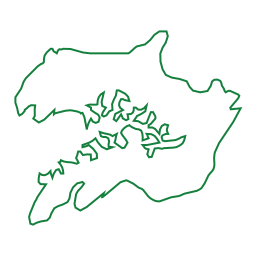 outline of Quinara
{"feature_id": "GNB-773", "entity_name": "Quinara", "entity_type": "Region", "adm_level": 1, "iso_a3": "GNB", "parent_name": "Guinea-Bissau", "parent_adm1": "", "projection": "albers", "projection_center": [-15.226, 11.637], "detail": "fine", "context": "isolated", "style": "outline", "palette": "green", "viewbox_px": 256, "rotation_deg": 0, "n_neighbors": 0, "source": "natural_earth", "source_scale": "10m", "svg_char_len": 4376}
<svg xmlns="http://www.w3.org/2000/svg" viewBox="0 0 256 256"><path d="M54.0,114.2L54.4,109.9L44.2,119.7L38.8,122.5L33.3,118.6L34.8,115.9L34.7,109.1L35.2,105.4L31.1,105.2L28.6,106.5L26.8,108.3L24.7,109.9L24.7,111.0L22.3,113.8L19.5,115.5L18.2,113.2L17.1,107.8L15.4,102.7L15.4,97.3L21.1,88.7L23.7,81.6L25.8,78.3L37.6,66.4L41.0,64.0L42.9,63.3L43.8,62.2L44.0,58.6L44.7,55.4L46.6,52.6L50.6,48.8L52.5,48.8L53.4,50.9L54.3,51.8L55.4,52.3L56.8,53.3L58.0,50.4L59.5,49.2L61.3,49.5L63.3,48.8L70.5,49.0L83.0,52.5L89.9,53.3L128.4,53.3L130.0,52.3L135.3,47.5L136.9,46.4L145.1,44.4L150.3,39.9L154.4,34.8L159.4,31.4L166.5,31.4L167.8,36.2L165.7,42.7L162.6,47.6L160.3,53.6L160.5,61.6L162.6,69.4L165.8,74.9L171.8,77.6L179.7,79.0L186.7,81.3L189.7,87.0L193.0,90.6L200.2,92.3L207.5,91.0L210.8,85.8L210.8,85.7L212.1,81.5L214.2,79.8L217.5,79.6L220.3,80.9L221.4,83.1L221.9,85.6L223.7,88.4L224.8,91.2L225.7,92.3L227.4,91.3L228.8,90.8L230.1,90.9L238.1,94.5L239.3,95.8L238.2,98.3L230.3,107.7L230.8,109.3L240.6,108.3L233.2,122.0L219.1,143.0L214.9,152.2L214.5,154.0L214.1,158.0L214.4,163.9L214.3,165.9L213.9,167.6L213.4,169.2L212.6,170.5L211.6,171.7L210.3,173.1L208.4,175.5L204.8,183.1L201.4,188.2L199.5,189.5L196.9,190.8L184.7,193.6L183.2,194.2L180.2,195.6L178.5,196.1L171.1,197.3L159.7,201.3L157.5,201.3L155.0,200.8L151.5,199.0L149.6,197.6L148.2,196.3L143.3,190.1L142.3,189.2L141.1,188.6L138.6,187.6L133.4,183.7L127.8,180.9L126.2,180.3L120.5,182.2L105.1,195.1L102.3,197.2L102.2,197.2L103.8,193.1L86.6,207.1L80.3,210.5L75.5,207.6L74.5,203.9L76.1,194.2L77.9,191.0L81.6,187.1L84.1,183.6L82.5,182.0L77.1,183.4L73.0,187.4L70.4,192.8L69.5,198.4L67.5,202.1L63.0,204.4L57.9,206.2L54.3,208.3L51.4,213.3L49.8,217.6L47.1,220.4L40.6,221.5L36.5,222.8L33.1,224.6L30.4,223.7L29.1,217.0L30.0,213.6L34.7,202.1L36.3,199.6L37.2,197.4L46.0,184.3L40.5,184.1L38.6,181.9L38.7,178.2L39.6,173.4L42.1,175.0L44.8,175.2L47.7,173.9L50.5,171.1L50.7,173.1L52.4,177.8L53.8,173.6L56.1,170.0L58.7,169.2L60.9,173.5L63.3,173.5L63.0,170.3L62.2,167.4L60.7,164.8L58.8,162.4L60.3,162.1L60.5,161.8L60.4,161.3L60.9,160.2L63.8,161.5L67.2,162.1L71.6,162.4L76.8,163.7L78.6,162.7L76.1,158.0L77.1,155.6L78.2,151.5L80.3,151.5L82.9,155.0L87.2,154.4L90.8,154.5L91.0,160.2L97.0,158.1L96.8,153.7L93.2,148.8L88.7,145.0L87.4,145.8L86.2,146.2L82.5,147.2L82.5,145.0L89.3,142.6L92.5,140.8L95.5,138.3L97.8,142.2L101.7,146.8L106.8,149.3L112.5,147.2L108.7,146.6L108.5,144.4L109.1,141.4L108.3,138.3L105.8,137.0L103.2,137.0L100.9,136.1L99.7,131.9L103.3,133.1L110.1,134.6L112.5,136.1L116.8,133.9L116.1,136.0L115.3,140.5L114.5,142.6L122.2,148.1L124.5,147.7L127.5,142.6L125.9,139.8L121.9,134.5L121.1,132.9L121.9,130.7L124.1,128.2L126.8,126.2L129.4,125.2L130.1,125.9L132.4,127.4L135.7,128.9L139.2,129.5L141.2,130.6L142.3,133.4L142.7,136.9L142.6,140.4L148.6,138.3L148.0,137.2L147.3,134.9L146.7,133.9L151.3,134.2L154.6,135.9L157.1,138.9L159.4,142.6L147.1,145.0L142.6,145.0L144.0,146.7L144.7,147.9L145.9,148.7L148.6,149.3L147.3,154.4L149.0,157.2L151.7,156.9L154.7,148.5L158.4,148.1L162.1,148.8L163.7,148.2L173.6,147.6L176.5,147.1L180.1,145.3L182.6,143.3L184.2,140.3L185.2,136.1L181.3,137.3L178.5,138.9L175.3,140.1L164.9,141.2L162.6,140.5L161.6,137.2L162.2,135.7L163.8,134.7L165.9,134.0L168.2,133.9L166.9,131.0L166.9,129.3L168.1,125.2L164.6,124.3L161.8,126.0L160.0,129.4L159.4,133.9L155.2,129.0L152.4,127.5L148.6,127.5L148.6,125.2L150.8,123.9L155.4,118.6L155.4,116.5L153.0,112.1L150.9,112.1L146.6,123.0L142.9,123.9L138.2,121.2L133.8,120.8L137.1,116.0L141.5,113.8L145.3,111.3L146.6,105.4L144.0,108.2L141.1,109.7L138.2,109.6L135.8,107.6L133.8,107.6L133.6,110.9L132.6,112.9L130.7,114.0L127.5,114.3L128.4,119.0L126.1,120.2L122.9,118.5L121.1,114.3L116.3,121.1L113.7,119.3L115.3,113.9L123.0,110.0L120.2,107.9L119.1,105.3L119.4,102.4L121.1,99.1L123.0,99.1L124.3,99.9L125.6,100.3L129.4,101.0L128.0,96.6L125.2,93.7L118.9,90.4L116.8,90.4L115.9,95.6L113.8,99.7L112.1,104.1L112.5,110.0L109.3,111.3L106.5,115.3L103.8,116.5L101.9,115.4L102.7,112.5L105.9,107.6L102.3,106.0L101.6,102.0L103.8,92.5L100.8,94.4L98.8,97.1L97.7,100.5L97.4,104.4L96.1,104.7L89.6,104.6L86.8,105.4L91.0,107.6L91.0,110.0L94.6,112.5L98.2,114.7L99.7,117.6L98.5,121.8L95.7,122.9L92.8,121.6L91.0,118.6L89.5,121.2L88.3,123.8L87.4,126.6L86.8,129.5L84.4,117.2L82.5,112.9L80.9,113.4L80.8,112.9L77.4,111.5L71.6,110.4L69.9,110.3L65.6,110.7L55.0,113.3L54.1,114.1L54.0,114.2Z" fill="none" stroke="#15803d" stroke-width="2"/></svg>